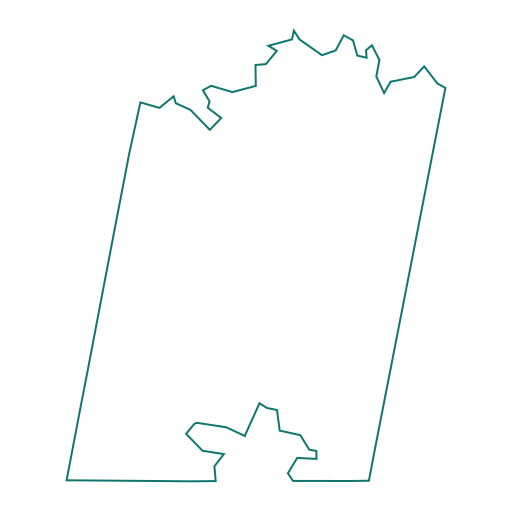 Pittsylvania, Virginia, United States of America
{"feature_id": "52423323B30264122776798", "entity_name": "Pittsylvania", "entity_type": "district", "adm_level": 2, "iso_a3": "USA", "parent_name": "United States of America", "parent_adm1": "Virginia", "projection": "natural_earth1", "projection_center": [-79.393, 36.839], "detail": "fine", "context": "isolated", "style": "outline", "palette": "teal", "viewbox_px": 512, "rotation_deg": 0, "n_neighbors": 0, "source": "geoboundaries", "source_scale": "gbopen_adm2", "svg_char_len": 957}
<svg xmlns="http://www.w3.org/2000/svg" viewBox="0 0 512 512"><path d="M293.0,480.9L349.9,481.0L368.9,480.7L374.6,450.7L405.6,292.1L445.4,87.9L437.4,83.5L424.2,66.4L414.2,77.0L390.6,81.7L384.1,93.0L376.3,76.5L379.4,60.0L372.0,45.3L366.1,50.1L366.5,57.7L357.3,55.6L353.0,40.4L343.8,35.3L335.7,50.4L322.0,55.2L299.6,39.5L293.9,30.7L292.0,39.4L268.4,45.8L276.8,50.9L265.9,64.1L255.5,65.0L255.8,85.9L232.3,92.1L211.1,85.8L202.9,90.3L209.6,101.5L207.7,107.7L221.2,118.0L209.8,129.8L190.4,109.8L175.9,103.3L173.6,96.3L159.5,107.9L140.4,102.4L129.3,153.2L112.0,243.0L87.4,372.0L82.2,398.8L81.5,402.2L66.6,480.3L95.6,480.5L95.9,480.5L189.1,481.3L191.0,481.3L215.7,481.1L214.4,466.3L223.9,454.1L202.6,450.8L186.1,433.8L194.4,423.8L196.9,422.8L226.3,427.3L244.9,436.0L245.7,433.8L259.5,403.2L267.0,408.0L277.0,410.0L279.7,430.6L300.4,435.2L309.2,449.6L316.4,451.0L316.4,458.9L297.2,457.9L287.9,473.3L293.0,480.9Z" fill="none" stroke="#0f766e" stroke-width="2"/></svg>